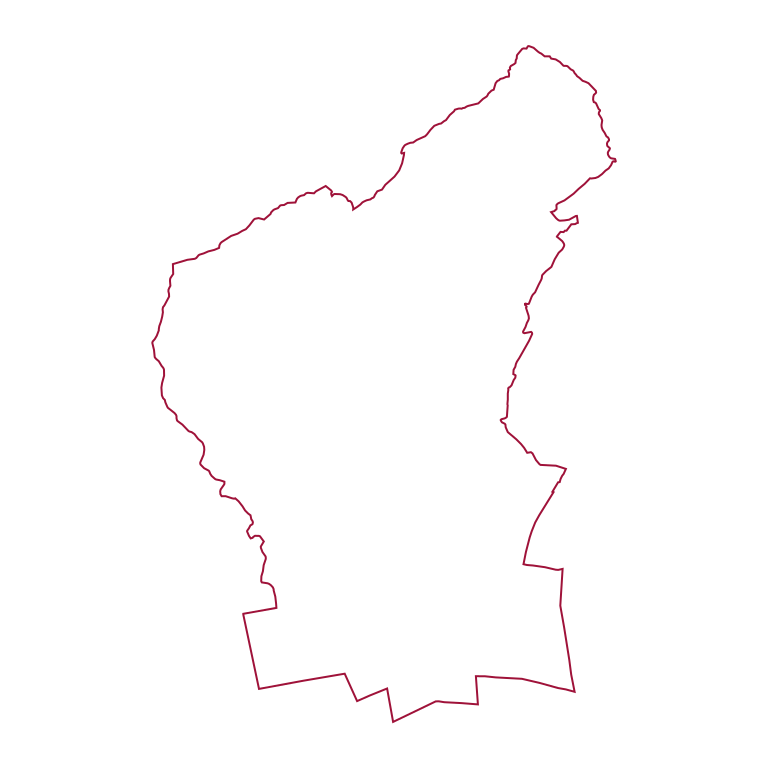 outline of Gornet, Prahova, Romania
{"feature_id": "2599482B23838810284079", "entity_name": "Gornet", "entity_type": "district", "adm_level": 2, "iso_a3": "ROU", "parent_name": "Romania", "parent_adm1": "Prahova", "projection": "mercator", "projection_center": [26.087, 45.131], "detail": "fine", "context": "isolated", "style": "outline", "palette": "rose", "viewbox_px": 768, "rotation_deg": 0, "n_neighbors": 0, "source": "geoboundaries", "source_scale": "gbopen_adm2", "svg_char_len": 6066}
<svg xmlns="http://www.w3.org/2000/svg" viewBox="0 0 768 768"><path d="M507.7,405.3L507.4,404.2L507.8,399.6L507.8,393.5L508.3,390.0L508.2,388.3L508.8,387.5L509.6,387.3L511.5,385.4L513.7,380.0L515.3,377.7L515.6,375.6L515.4,375.2L513.3,374.1L513.6,369.8L515.3,366.8L515.9,364.0L516.9,361.7L519.3,358.0L529.1,340.7L532.2,333.9L531.9,332.6L531.1,331.9L524.5,333.2L523.4,332.8L523.1,332.3L523.1,331.5L525.5,327.0L526.9,322.9L528.3,320.3L528.9,318.4L528.6,315.8L526.0,307.8L526.6,306.9L526.6,306.5L525.0,304.8L525.0,303.8L525.6,303.6L527.0,304.0L528.7,303.9L529.2,303.0L531.7,296.6L532.8,294.7L535.1,292.3L538.6,284.8L541.1,280.0L541.7,278.5L542.1,275.5L542.5,274.8L546.2,271.0L551.4,266.9L554.7,259.3L558.7,252.7L562.2,249.5L563.8,246.7L564.2,245.5L564.2,244.7L563.9,243.7L563.0,242.2L562.1,241.0L556.9,236.7L557.2,236.1L560.5,231.9L563.6,232.1L564.9,230.7L566.5,230.7L571.3,224.3L575.1,224.1L576.7,223.2L577.9,222.8L576.9,215.9L575.8,216.0L569.1,219.7L564.4,220.4L560.0,220.7L559.1,220.5L557.9,219.8L556.1,218.2L551.1,212.1L554.4,211.1L555.4,210.0L556.4,209.4L556.6,208.3L556.4,205.1L557.3,204.0L558.2,203.3L564.5,200.4L573.6,193.7L578.6,188.9L584.6,183.9L590.0,178.3L591.2,178.5L595.4,178.0L598.2,176.9L602.0,174.1L605.5,170.6L608.7,168.4L611.1,165.1L612.6,161.7L613.4,161.3L615.2,161.7L615.7,161.4L615.5,160.1L615.0,158.9L611.1,158.3L610.0,157.6L609.1,156.6L608.0,154.6L607.8,152.9L608.2,151.7L609.5,149.7L609.9,148.4L609.7,148.0L607.5,146.2L607.1,145.1L607.0,143.4L607.5,142.1L609.0,140.4L609.0,139.3L608.1,137.5L606.5,136.4L606.1,135.7L604.7,132.9L602.6,129.8L601.7,127.3L601.5,125.0L602.2,120.5L602.0,119.8L601.3,118.1L598.8,114.1L598.8,113.2L599.0,112.2L600.0,110.8L600.0,110.2L598.6,108.9L596.1,103.4L595.3,102.6L593.8,102.1L593.1,99.7L593.3,96.8L593.9,94.8L595.6,93.3L596.1,92.6L595.9,90.9L588.5,83.2L585.5,81.8L582.6,80.8L579.5,77.9L577.1,76.2L576.0,74.6L574.6,73.1L573.7,71.3L573.0,70.5L570.7,69.3L567.5,66.2L566.3,65.9L564.0,65.9L563.3,65.6L559.9,62.0L555.7,59.4L551.2,58.6L549.7,56.3L544.6,56.3L541.3,53.6L539.6,52.8L537.8,51.5L533.6,47.8L529.3,46.2L528.3,46.1L527.8,46.4L526.5,48.6L523.6,48.4L522.2,48.9L517.2,54.9L516.9,55.7L516.7,58.5L515.8,60.1L515.5,62.9L514.3,64.0L510.8,66.0L509.9,67.5L510.1,69.4L508.5,70.4L508.4,71.4L509.1,73.7L509.0,76.0L508.8,76.6L506.1,76.9L503.0,78.3L500.3,78.9L499.1,80.2L497.3,81.0L495.6,83.2L493.7,89.7L491.5,90.6L488.3,93.7L487.5,95.4L486.7,96.5L482.9,99.0L478.3,103.4L468.2,105.9L466.5,106.6L464.7,107.8L462.7,108.1L461.7,108.7L460.3,108.5L458.5,108.6L454.9,109.7L454.0,111.3L449.8,115.0L446.0,120.1L444.0,121.2L441.1,123.5L439.0,123.9L434.3,125.8L430.5,129.8L427.0,134.4L425.2,136.2L416.7,140.0L413.2,142.5L410.3,142.8L407.8,143.7L405.3,144.9L404.4,145.7L402.7,148.2L401.3,152.1L401.2,152.9L401.8,153.5L404.1,152.9L403.9,155.2L402.1,163.3L399.2,170.4L394.5,176.6L385.3,184.8L382.0,189.6L377.3,191.3L374.9,194.9L374.2,196.6L373.4,197.6L371.8,198.3L370.4,199.4L366.6,200.3L364.2,201.4L362.4,202.4L360.3,204.6L357.2,206.9L353.2,209.5L353.3,208.1L353.0,206.7L351.6,202.6L350.1,201.1L348.4,201.0L347.9,200.5L346.5,197.8L345.7,197.0L342.6,195.0L340.1,194.2L334.6,194.0L333.6,194.4L332.0,196.1L331.5,195.1L331.2,193.9L331.2,193.1L332.0,191.9L331.2,190.5L325.7,186.0L316.0,191.3L314.0,193.3L307.8,192.8L306.6,193.1L305.9,193.4L304.1,195.1L301.2,195.7L300.0,196.2L298.2,197.4L296.9,198.9L295.4,202.5L287.6,202.9L284.1,205.0L281.1,205.2L280.1,205.6L278.0,208.1L274.4,209.4L273.2,210.2L271.1,212.4L270.5,214.0L264.1,219.5L258.5,218.1L255.0,218.8L253.8,219.6L249.4,225.4L245.9,229.2L242.2,230.9L237.6,233.7L231.2,235.9L221.6,242.1L220.5,243.2L219.4,245.3L219.1,247.9L214.3,249.9L208.3,251.4L203.7,253.4L199.7,254.6L198.6,255.2L196.3,258.0L194.8,258.8L187.4,259.8L172.9,264.1L173.2,274.0L170.6,277.8L170.1,279.1L170.0,281.0L170.4,285.8L169.2,288.0L168.5,289.7L168.4,291.3L169.0,293.9L169.1,296.6L164.4,305.4L163.0,307.2L162.6,309.3L162.9,312.3L162.2,316.6L160.9,321.8L159.3,326.1L158.8,329.1L158.8,330.4L156.8,335.7L154.8,339.1L152.7,341.5L152.3,342.9L154.0,349.9L154.7,357.0L155.0,357.6L156.2,359.0L158.8,361.2L161.6,365.9L163.2,367.8L163.8,369.0L164.0,369.9L164.1,375.7L162.1,383.0L161.4,387.6L161.9,395.4L163.1,398.2L164.8,399.9L165.4,402.4L167.3,406.8L167.9,407.8L174.5,413.0L176.0,414.8L176.5,416.1L176.5,418.2L177.0,420.3L177.5,421.0L182.4,424.6L188.4,430.9L189.4,431.5L191.6,432.1L194.5,434.1L198.1,438.9L202.2,442.3L202.9,443.5L204.1,446.8L204.3,449.9L203.6,454.7L200.3,462.4L200.2,463.3L200.5,464.5L204.1,468.2L208.6,470.6L209.2,471.2L210.3,473.9L211.7,476.0L215.1,479.0L216.1,479.5L219.8,480.2L224.4,481.7L224.4,483.8L224.2,484.4L220.7,489.4L220.2,491.2L220.4,494.1L221.6,496.2L225.7,496.2L232.1,498.3L234.2,498.7L235.2,498.3L238.6,501.3L242.5,506.3L245.1,510.5L248.1,513.5L250.5,515.3L251.3,519.3L252.4,520.8L252.9,522.2L252.6,523.9L252.3,524.3L250.4,525.4L248.9,528.3L247.2,530.7L247.1,531.5L249.0,535.9L250.7,538.4L252.6,537.8L253.3,536.9L255.0,535.8L259.0,535.9L260.0,536.3L263.8,541.5L260.8,546.5L260.9,547.9L262.5,552.1L265.5,556.3L265.7,556.9L265.8,558.4L265.7,559.2L263.7,565.1L262.9,571.3L261.4,576.2L261.2,581.1L261.8,582.4L267.6,583.3L269.1,583.9L270.9,585.2L272.9,587.4L273.6,589.1L273.7,590.5L275.3,596.6L276.1,603.7L276.4,607.9L243.3,613.8L243.3,614.6L259.0,688.9L303.5,680.7L344.7,673.7L357.1,701.1L369.8,695.5L387.1,688.5L393.1,721.9L435.7,701.4L438.7,701.3L444.2,702.2L461.4,703.1L477.9,704.4L475.9,676.2L485.2,676.3L495.8,677.4L521.9,678.8L539.5,682.9L557.9,688.0L565.8,689.4L574.6,691.8L571.2,674.6L569.3,660.0L564.2,627.8L560.3,605.7L562.6,568.9L558.2,569.9L555.7,569.7L545.0,567.2L533.0,565.5L526.9,565.0L523.5,564.2L525.9,552.1L529.7,537.4L531.7,531.3L535.2,522.5L539.3,515.1L553.5,492.2L552.4,491.8L558.1,482.3L559.7,482.1L560.6,478.9L562.2,475.7L563.6,474.0L565.9,468.9L556.0,465.7L540.5,464.9L539.4,464.1L536.0,460.1L532.5,453.4L530.9,452.2L527.2,452.8L524.1,447.8L521.0,444.0L516.3,439.3L507.8,432.1L505.7,427.3L505.4,424.5L504.7,423.7L501.9,422.3L500.8,420.5L500.7,420.0L501.1,419.5L501.8,419.1L504.7,418.4L506.1,417.6L506.9,416.8L507.7,405.3Z" fill="none" stroke="#9f1239" stroke-width="2"/></svg>